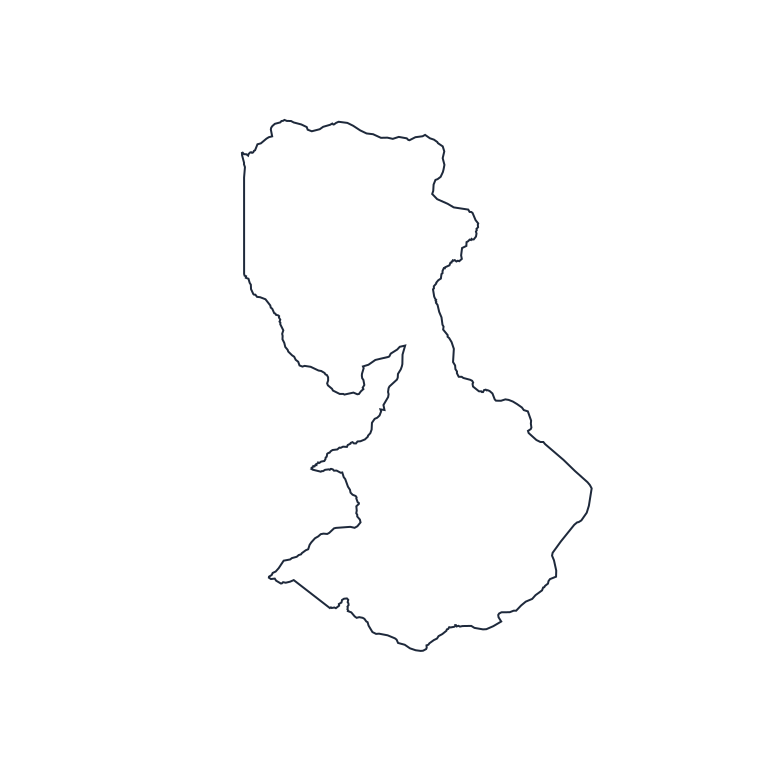 Espejo, Carchi, Ecuador (Mercator projection), rotated 38°
{"feature_id": "8360857B16708852637049", "entity_name": "Espejo", "entity_type": "district", "adm_level": 2, "iso_a3": "ECU", "parent_name": "Ecuador", "parent_adm1": "Carchi", "projection": "mercator", "projection_center": [-78.037, 0.708], "detail": "fine", "context": "isolated", "style": "outline", "palette": "slate", "viewbox_px": 768, "rotation_deg": 38, "n_neighbors": 0, "source": "geoboundaries", "source_scale": "gbopen_adm2", "svg_char_len": 6165}
<svg xmlns="http://www.w3.org/2000/svg" viewBox="0 0 768 768"><g transform="rotate(38 384 384)"><path d="M579.4,560.4L580.9,555.2L582.5,551.9L582.2,549.1L583.9,545.2L585.1,540.1L584.6,538.7L585.4,537.5L585.1,535.5L586.4,534.8L588.7,532.2L589.2,530.9L588.6,530.1L589.3,529.7L590.5,530.3L591.6,528.7L593.2,528.4L594.9,526.4L601.7,520.9L605.4,520.5L613.1,516.4L615.6,514.2L619.2,507.6L622.6,499.0L617.9,497.3L616.2,495.7L616.0,494.0L617.1,491.6L623.6,486.4L625.8,482.7L627.7,481.3L628.4,474.1L629.7,468.2L633.1,462.1L633.4,457.1L635.6,449.3L634.7,446.4L635.4,445.5L635.2,443.9L636.1,440.3L635.0,438.1L634.9,435.6L638.2,429.9L634.6,425.0L626.5,418.3L622.1,415.8L620.8,413.2L620.3,399.1L620.6,377.8L621.4,374.1L622.4,373.0L623.5,370.0L623.0,360.6L620.4,353.8L611.9,338.4L608.5,336.9L604.8,336.1L588.0,335.0L572.2,333.3L548.0,332.2L545.3,331.6L543.0,333.4L538.6,334.3L528.2,333.6L526.3,332.3L527.4,329.3L527.0,327.6L524.1,324.8L522.5,322.3L514.2,317.0L510.2,318.5L507.1,317.6L501.3,317.9L496.3,318.5L492.0,319.8L489.1,321.4L486.5,325.2L482.5,328.2L480.8,328.0L475.3,324.7L471.5,324.5L469.4,325.1L468.9,325.8L467.7,325.8L466.6,327.2L467.0,329.4L466.1,330.1L465.2,329.9L463.3,331.3L455.7,331.2L453.7,329.4L453.4,328.0L451.5,327.2L449.4,327.6L442.8,330.4L440.8,330.5L438.4,332.3L434.8,330.6L433.8,329.2L431.1,328.3L428.6,325.6L424.9,324.2L417.4,313.3L411.5,309.4L407.1,307.7L405.0,307.6L404.1,306.3L397.1,304.7L395.6,302.1L393.6,301.3L388.3,296.1L383.1,293.2L377.5,288.7L374.9,288.0L374.7,287.1L373.3,286.6L373.3,285.6L371.7,285.3L369.7,284.2L364.3,279.2L364.5,278.0L363.1,276.3L363.3,272.7L362.8,272.0L362.9,268.8L363.9,265.9L361.6,262.0L361.9,260.7L360.5,258.8L359.8,255.8L360.7,255.3L360.3,254.4L362.5,250.2L361.7,247.6L362.4,246.8L361.9,245.8L362.4,245.1L362.1,244.1L363.0,243.8L363.5,242.8L365.6,242.9L366.3,241.4L367.7,240.9L368.3,237.5L365.6,235.2L361.8,228.8L363.9,224.5L361.7,221.4L362.4,219.7L362.6,217.5L363.9,217.0L363.7,215.8L364.6,215.8L365.7,214.8L365.7,211.2L364.3,208.5L362.6,207.3L362.4,205.6L361.4,204.9L361.6,202.5L359.9,200.8L359.4,199.5L355.3,198.5L348.5,194.7L346.9,194.7L345.5,195.7L343.0,194.7L330.2,201.9L323.2,202.8L312.1,205.6L305.0,204.6L303.9,201.5L300.3,196.3L298.9,191.5L300.1,189.6L301.1,185.9L299.9,180.7L298.8,178.2L296.7,174.1L291.2,169.9L288.3,163.6L284.0,160.6L278.3,161.0L277.0,160.5L272.9,160.7L268.9,162.1L263.0,162.4L261.9,165.0L256.8,170.2L254.0,176.2L252.9,176.7L250.7,176.4L243.5,180.2L240.0,185.4L235.0,187.8L230.0,191.9L221.6,193.9L216.0,197.3L209.1,198.8L200.7,199.5L194.4,200.8L186.8,205.3L185.5,207.7L184.8,210.2L184.3,210.7L182.9,210.6L181.9,213.0L177.7,218.8L176.5,222.8L171.5,229.3L167.3,230.6L164.9,229.1L159.0,230.4L151.8,233.5L148.8,234.0L145.5,236.5L143.0,237.2L142.4,238.8L141.3,239.9L141.2,241.7L137.8,246.2L137.2,249.5L137.3,251.4L138.1,253.1L143.4,257.7L141.3,260.4L140.3,263.1L138.8,270.2L136.7,273.0L138.5,279.2L138.0,280.3L138.3,282.0L137.7,283.1L136.7,283.1L136.0,283.9L135.7,286.1L136.3,287.7L134.1,287.7L132.2,289.1L130.2,288.7L129.8,289.4L131.3,291.1L137.6,295.9L138.3,297.0L140.9,298.7L146.6,307.4L206.0,383.4L207.5,384.5L209.0,384.0L209.7,385.4L212.4,384.5L215.9,387.0L217.9,387.7L220.8,391.1L225.7,393.6L226.6,393.6L227.6,392.8L230.3,393.5L232.9,391.9L238.4,390.2L246.0,392.1L247.7,393.5L249.6,393.5L253.9,395.8L255.1,395.4L256.2,396.0L258.6,395.0L259.6,395.1L260.3,396.3L262.7,397.2L263.3,399.2L264.5,399.4L265.5,400.8L271.6,403.7L272.9,407.2L274.5,408.5L276.5,411.3L280.1,413.0L283.4,415.6L287.0,416.4L288.6,417.4L294.0,418.0L296.4,417.8L299.5,419.3L302.7,419.3L306.0,421.4L309.0,420.5L310.3,418.6L315.6,415.6L324.1,413.7L326.5,412.4L330.4,411.9L331.9,412.5L333.5,412.1L335.8,413.1L337.8,415.6L338.8,418.5L340.6,419.6L346.0,419.8L347.8,420.6L355.2,419.1L358.0,416.9L359.3,416.7L365.2,409.6L369.3,408.5L370.4,407.3L370.3,404.0L370.9,400.7L369.5,400.1L369.1,396.9L365.3,393.5L363.3,392.9L361.5,391.2L360.4,389.6L358.2,384.0L356.6,383.1L359.9,378.4L362.4,370.3L370.8,359.9L371.2,359.0L370.6,355.9L373.2,348.7L373.5,345.0L377.0,340.7L380.5,349.4L386.2,357.0L387.2,359.1L388.2,362.1L388.8,367.5L390.9,370.5L391.5,372.5L389.8,382.6L390.2,384.5L392.1,387.8L393.9,389.2L395.3,391.8L396.5,400.9L400.4,404.2L396.8,406.2L398.6,407.4L399.9,411.6L399.4,414.8L398.1,417.2L398.4,422.0L402.3,427.5L403.5,431.2L403.2,434.5L403.7,435.5L403.1,439.4L400.7,443.6L398.5,445.6L398.5,448.1L396.9,449.3L395.0,449.2L394.0,450.9L394.3,451.7L393.0,454.4L393.5,456.4L390.3,458.6L389.2,460.9L388.0,461.6L387.5,464.3L384.1,467.7L383.4,469.8L383.4,471.7L382.7,472.4L382.2,473.9L383.6,476.6L383.3,477.9L384.1,479.2L384.4,481.4L382.2,483.9L381.7,485.9L380.4,486.4L380.7,487.1L379.9,489.0L380.6,489.6L379.8,490.2L380.0,491.7L378.8,492.2L379.1,493.0L378.6,494.5L379.4,494.8L379.2,495.6L380.6,495.4L388.2,492.0L388.5,491.1L389.6,490.2L390.4,487.9L393.0,485.3L394.1,485.0L394.2,483.8L394.8,483.3L396.3,482.8L397.9,483.1L400.0,481.4L404.5,480.6L405.6,479.4L409.6,482.2L412.0,482.8L418.8,487.1L422.3,488.3L424.5,490.2L427.4,490.6L430.6,489.7L432.2,490.2L432.6,491.2L435.9,493.3L437.5,493.3L438.0,493.9L437.5,497.4L440.5,500.6L441.7,502.9L443.4,503.5L444.5,504.9L448.5,505.7L450.7,507.5L450.6,512.5L449.4,515.4L445.4,517.3L434.8,526.9L433.5,528.5L432.5,535.0L431.6,537.1L428.4,539.2L426.6,541.3L426.0,544.6L424.6,548.0L424.2,553.6L424.4,556.5L426.0,560.9L424.7,563.2L423.4,567.9L423.5,569.3L422.1,571.3L421.6,573.9L418.6,577.9L418.1,580.0L413.7,585.0L414.4,593.9L414.1,598.5L412.6,601.4L413.1,603.7L412.0,606.6L412.5,607.5L415.0,607.3L417.7,604.6L420.1,605.4L425.6,604.7L426.3,603.9L426.5,602.3L428.9,601.1L431.7,597.6L433.6,594.1L479.3,593.9L479.7,592.7L480.7,592.7L482.5,590.7L484.1,590.3L485.1,586.3L483.9,585.2L485.0,582.4L483.9,580.0L484.7,577.8L486.8,575.8L488.7,576.1L489.7,578.3L490.9,578.7L492.2,580.0L492.3,582.0L493.3,582.7L493.9,584.1L495.2,584.5L495.4,585.2L498.8,584.1L504.0,585.2L506.4,585.1L508.0,583.0L511.1,581.4L513.1,581.1L516.2,582.0L517.7,581.8L520.6,583.9L527.6,586.6L531.6,585.8L533.8,583.8L541.6,579.8L549.2,577.7L551.3,577.7L554.5,579.4L560.9,576.7L567.2,576.3L572.9,574.3L577.3,571.7L579.0,570.1L580.4,566.9L580.0,565.5L578.4,563.8L579.5,562.1L579.4,560.4Z" fill="none" stroke="#1e293b" stroke-width="2"/></g></svg>